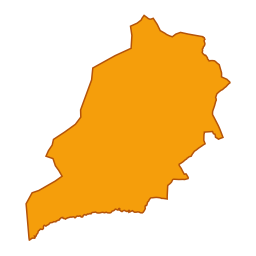 the district of Yorosso, Sikasso, Mali
{"feature_id": "8926073B52464298998123", "entity_name": "Yorosso", "entity_type": "district", "adm_level": 2, "iso_a3": "MLI", "parent_name": "Mali", "parent_adm1": "Sikasso", "projection": "mercator", "projection_center": [-4.768, 12.344], "detail": "fine", "context": "isolated", "style": "filled", "palette": "amber", "viewbox_px": 256, "rotation_deg": 0, "n_neighbors": 0, "source": "geoboundaries", "source_scale": "gbopen_adm2", "svg_char_len": 4550}
<svg xmlns="http://www.w3.org/2000/svg" viewBox="0 0 256 256"><path d="M92.8,68.0L91.6,79.9L80.6,109.9L80.8,117.1L75.4,124.3L64.9,131.9L53.5,139.4L52.2,145.1L48.5,150.6L46.0,156.2L53.0,158.6L55.4,165.8L58.8,170.5L62.1,176.2L55.2,181.1L38.8,190.5L32.1,192.8L26.1,203.8L29.0,238.2L29.4,240.6L29.6,240.0L30.4,239.3L31.5,238.7L32.0,238.2L33.9,238.1L34.7,238.2L35.1,237.6L34.9,237.1L34.6,236.7L34.5,236.2L35.2,236.5L35.9,236.3L36.4,235.2L36.5,234.4L37.4,233.7L38.0,232.6L38.1,231.5L38.6,230.8L39.4,230.3L39.6,229.8L40.3,229.3L40.3,229.2L40.8,229.0L41.2,229.2L41.8,229.4L42.6,229.4L43.4,228.4L43.5,226.3L43.9,225.6L44.1,225.4L44.3,225.3L44.7,225.5L45.0,225.7L45.9,226.1L46.9,225.3L48.7,224.4L49.3,223.7L50.3,222.7L51.8,222.6L52.6,222.4L53.1,222.1L53.5,221.7L54.2,221.7L55.2,221.8L56.0,221.7L56.3,220.9L56.7,220.8L57.7,220.6L58.2,220.1L59.1,220.1L59.6,219.5L59.8,218.8L60.6,218.5L61.0,217.8L61.8,217.5L62.8,217.5L62.9,218.1L63.2,218.3L63.5,218.5L64.2,218.5L64.8,218.7L65.4,219.1L66.1,218.6L66.9,218.3L67.4,217.8L68.4,217.7L70.2,217.1L71.8,217.1L72.3,217.0L73.5,216.8L74.4,217.2L75.0,217.8L75.7,217.3L76.5,216.4L77.2,216.1L77.7,216.1L77.8,216.1L78.3,216.2L79.1,216.2L80.0,215.8L80.7,216.3L80.9,216.8L82.0,217.1L82.9,216.6L83.1,215.7L84.0,214.9L84.4,214.6L85.4,214.9L85.7,215.0L86.5,215.0L86.9,214.5L87.3,214.1L87.6,214.0L88.3,214.1L88.9,214.0L89.6,213.7L90.1,213.5L90.9,213.9L91.4,213.4L91.6,213.0L92.1,212.5L93.0,212.4L94.3,212.3L95.5,212.0L96.2,212.4L96.6,212.6L97.1,212.9L98.5,213.0L99.9,212.9L101.3,212.5L102.5,212.3L103.3,212.4L104.0,212.7L104.9,212.7L105.6,212.4L106.2,212.2L106.8,212.5L107.5,212.8L108.7,212.9L109.8,212.9L110.7,212.7L111.5,212.0L112.1,211.1L113.0,210.9L113.9,210.5L114.9,209.7L115.1,209.4L115.3,209.1L116.1,209.3L117.1,209.8L118.0,210.1L118.3,209.6L118.5,209.4L118.7,208.7L119.2,208.4L119.7,208.6L119.7,209.3L119.5,209.8L119.6,210.1L120.5,210.6L120.8,210.9L121.0,211.2L122.0,211.6L123.0,210.8L124.1,210.4L124.7,210.4L125.0,210.7L125.3,210.9L126.8,211.5L128.0,211.3L128.5,210.8L128.5,210.7L129.0,210.3L129.4,210.6L129.3,210.9L129.2,211.2L129.1,211.7L129.0,212.2L130.2,211.8L131.5,211.1L131.9,210.9L132.2,210.8L132.6,210.7L132.8,211.0L133.3,211.5L133.7,211.7L134.5,212.2L136.0,212.2L137.1,212.0L137.3,211.9L138.4,212.0L139.1,212.0L140.3,212.7L142.2,212.9L143.3,212.1L144.4,210.4L145.3,208.6L145.1,207.3L145.1,206.4L145.4,205.7L145.9,205.4L146.3,205.6L146.8,205.1L147.2,203.6L147.4,202.8L147.4,202.4L147.5,202.2L147.9,201.8L148.9,200.7L149.1,199.9L149.9,198.9L150.3,198.3L151.1,197.8L152.3,197.8L154.8,197.5L156.5,197.4L158.6,197.6L160.2,197.8L161.6,198.4L161.9,198.4L163.1,198.4L164.5,198.6L166.1,198.8L167.2,199.0L167.2,196.2L167.7,185.9L167.8,185.4L168.9,184.5L170.0,183.6L170.6,183.0L171.6,181.9L172.3,180.3L172.7,179.6L173.7,179.2L178.9,179.5L182.1,179.4L182.9,179.4L184.7,179.5L186.9,178.9L188.0,178.6L188.3,177.9L187.8,176.7L186.6,174.7L186.2,174.0L185.6,173.9L184.8,174.2L184.3,174.2L182.7,171.4L181.2,168.4L179.7,166.2L179.2,165.4L179.1,164.4L179.3,164.0L180.3,163.6L181.2,163.0L183.0,161.8L185.4,159.7L186.6,159.0L187.2,158.1L188.0,157.7L188.6,157.2L189.2,156.7L190.5,156.4L191.3,156.1L192.1,154.4L194.4,151.2L196.3,150.0L198.5,148.2L204.2,144.3L205.1,143.8L204.9,143.2L203.8,140.4L203.9,136.0L204.0,134.2L204.3,133.2L204.4,132.9L204.3,132.2L205.6,132.0L209.8,131.7L211.5,131.6L212.5,131.5L212.9,132.4L213.4,133.6L214.1,134.0L214.8,134.1L215.2,135.0L215.4,136.2L215.5,137.2L215.9,137.4L216.1,137.6L217.3,138.3L218.5,139.2L220.0,138.5L221.7,137.9L223.0,137.4L220.0,129.6L218.3,125.7L213.6,116.6L212.6,114.8L212.5,113.1L212.7,111.1L214.5,105.9L215.7,101.4L216.2,100.4L216.2,99.1L215.9,98.1L215.6,97.4L216.0,96.4L216.5,94.9L216.8,93.9L218.7,92.1L221.0,90.3L222.5,89.6L224.5,87.8L226.2,86.5L227.4,85.1L229.0,83.5L229.9,82.9L229.9,82.4L229.7,81.9L228.1,80.5L226.9,79.3L223.5,77.8L222.4,77.3L221.8,77.0L221.5,76.7L221.6,74.2L221.5,72.7L219.2,64.7L217.0,63.0L216.0,62.0L214.6,60.9L212.8,60.6L210.7,60.6L210.1,60.8L209.1,60.9L208.7,60.2L207.5,58.9L207.5,58.0L207.1,57.3L205.6,55.2L204.9,55.4L203.1,53.8L202.2,52.5L202.5,51.1L202.6,50.1L202.3,49.1L202.9,48.4L203.3,47.7L203.3,47.0L204.4,45.7L204.8,44.6L204.9,43.6L204.6,42.5L204.2,41.4L204.1,40.5L204.5,39.8L204.9,39.4L204.5,38.5L204.2,37.7L203.3,37.5L202.9,37.0L202.9,36.7L188.3,34.1L180.5,32.4L175.8,34.1L172.3,36.8L169.4,35.8L166.6,34.5L165.1,33.4L160.2,30.6L157.2,24.4L153.2,18.3L151.1,19.1L149.8,19.2L148.2,18.5L146.7,17.3L144.1,15.4L142.2,18.0L141.1,20.1L137.1,23.2L130.5,26.2L131.9,35.5L131.1,48.3L115.2,55.6L92.8,68.0Z" fill="#f59e0b" stroke="#b45309" stroke-width="1.5"/></svg>